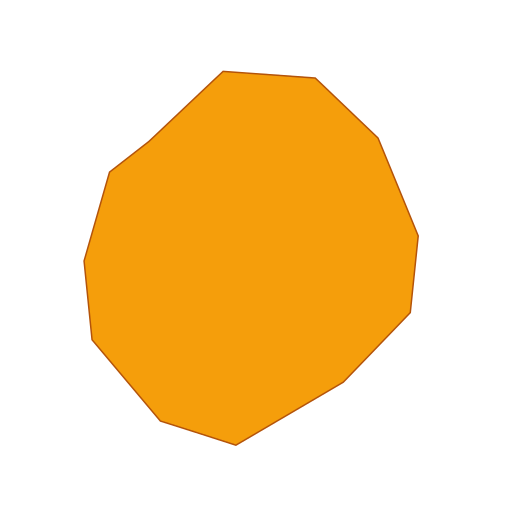 Lankaran City, Lankaran, Azerbaijan, rotated 286°
{"feature_id": "54616110B92317303093203", "entity_name": "Lankaran City", "entity_type": "district", "adm_level": 2, "iso_a3": "AZE", "parent_name": "Azerbaijan", "parent_adm1": "Lankaran", "projection": "robinson", "projection_center": [48.846, 38.741], "detail": "fine", "context": "isolated", "style": "filled", "palette": "amber", "viewbox_px": 512, "rotation_deg": 286, "n_neighbors": 0, "source": "geoboundaries", "source_scale": "gbopen_adm2", "svg_char_len": 370}
<svg xmlns="http://www.w3.org/2000/svg" viewBox="0 0 512 512"><g transform="rotate(286 256 256)"><path d="M413.2,166.8L336.6,121.5L296.3,92.1L203.8,92.1L130.3,121.5L71.0,209.6L70.0,245.3L68.6,288.8L158.8,374.7L197.8,395.4L244.1,419.9L320.0,406.4L396.8,345.7L403.0,340.8L443.4,263.9L424.4,173.5L413.2,166.8Z" fill="#f59e0b" stroke="#b45309" stroke-width="1.5"/></g></svg>